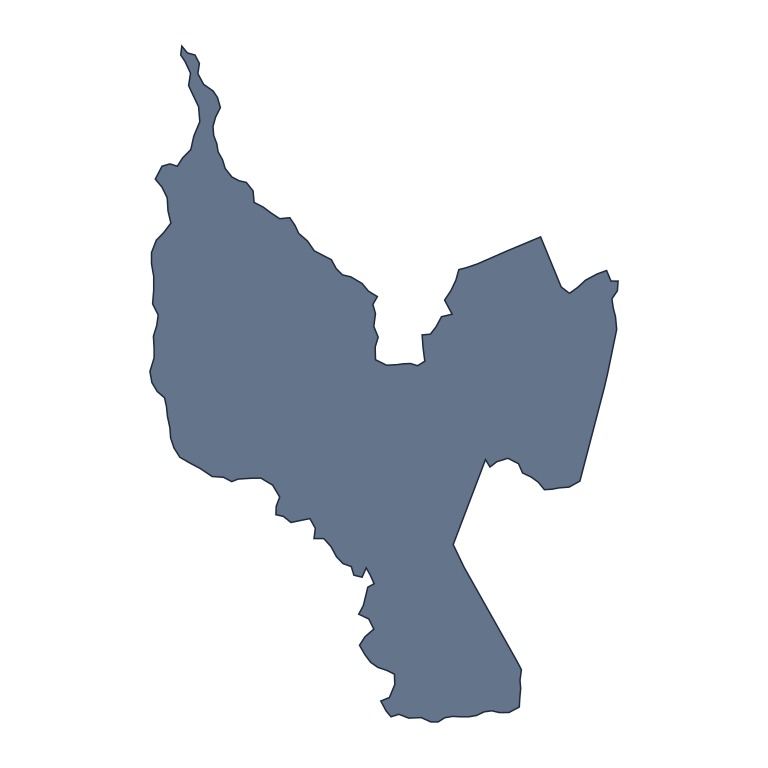 São Martinho, Santa Catarina, Brazil
{"feature_id": "56859067B20212770642910", "entity_name": "São Martinho", "entity_type": "district", "adm_level": 2, "iso_a3": "BRA", "parent_name": "Brazil", "parent_adm1": "Santa Catarina", "projection": "mercator", "projection_center": [-48.982, -28.115], "detail": "fine", "context": "isolated", "style": "filled", "palette": "slate", "viewbox_px": 768, "rotation_deg": 0, "n_neighbors": 0, "source": "geoboundaries", "source_scale": "gbopen_adm2", "svg_char_len": 2531}
<svg xmlns="http://www.w3.org/2000/svg" viewBox="0 0 768 768"><path d="M491.8,710.8L499.4,712.6L509.0,712.5L519.3,707.0L519.8,698.0L520.7,688.3L520.0,680.3L521.4,669.7L516.9,661.1L464.0,567.1L453.2,544.6L485.5,459.6L490.0,467.0L496.8,461.7L507.9,458.3L518.5,463.7L522.6,473.0L531.1,477.0L538.2,482.1L544.4,489.7L552.1,489.2L559.0,487.9L569.1,487.1L579.9,481.1L604.0,388.9L607.6,373.6L616.7,329.4L615.5,316.7L613.3,308.2L611.9,298.8L617.4,290.8L618.1,281.1L611.0,281.1L606.6,270.5L597.5,273.8L585.6,280.1L577.7,287.4L569.5,293.3L561.2,287.0L540.6,236.9L532.7,240.2L507.1,250.9L477.2,264.0L465.9,267.8L458.8,269.6L455.9,280.1L450.9,290.7L444.6,300.1L452.1,314.2L441.5,316.7L436.0,326.9L430.3,334.2L422.1,334.9L423.1,348.1L424.8,361.2L417.6,365.7L410.4,363.5L403.4,363.8L396.6,364.7L386.5,365.2L375.5,359.7L375.2,347.0L378.2,337.2L373.8,326.4L375.5,313.7L372.9,304.4L377.4,296.6L368.5,291.2L362.1,283.5L350.8,276.8L342.5,274.9L336.2,268.6L331.4,259.7L324.0,255.9L314.2,250.8L307.5,241.0L298.7,233.4L295.0,225.4L289.8,217.7L279.7,218.7L271.1,213.0L263.2,207.1L254.1,202.4L253.1,191.0L246.3,182.4L239.2,180.8L231.9,177.0L225.2,168.5L222.6,159.9L218.1,151.8L216.8,143.7L213.7,135.4L213.0,126.5L215.6,117.1L220.4,107.6L217.5,97.5L213.2,91.1L203.6,84.3L197.9,73.7L199.4,63.4L195.0,55.0L187.4,52.9L181.8,46.1L180.7,55.0L185.2,61.8L190.5,73.2L188.6,85.6L193.4,95.9L198.6,106.8L199.8,121.7L193.8,136.1L190.8,149.6L182.6,157.9L177.3,166.2L169.9,163.9L162.0,166.2L155.3,179.1L162.0,187.2L167.2,197.8L168.0,210.9L170.9,223.1L163.7,232.6L156.3,240.2L151.5,252.6L151.5,263.7L153.7,276.4L153.7,290.0L152.6,303.9L158.2,315.0L156.7,325.6L153.4,336.2L154.1,348.4L154.1,357.9L149.9,371.5L151.9,382.6L157.2,391.5L164.5,397.8L166.4,406.2L167.5,416.7L169.9,427.9L170.6,437.9L174.0,448.0L179.9,457.3L190.5,463.4L200.2,468.5L212.1,476.5L223.5,477.3L231.7,481.6L238.1,479.1L250.4,478.3L260.9,478.1L272.6,485.1L279.7,497.0L276.2,506.3L275.9,514.7L283.4,516.4L291.0,522.5L299.6,520.7L309.9,518.6L315.3,528.3L314.0,538.6L323.8,538.6L331.0,546.6L336.5,556.8L343.0,563.6L351.3,566.6L353.9,575.2L362.1,577.2L366.2,567.9L370.3,575.2L374.1,583.7L367.8,587.2L365.9,595.1L363.3,605.7L358.7,614.2L368.8,619.0L373.8,629.1L365.0,636.7L359.5,645.3L365.2,655.1L370.7,662.4L377.9,667.4L386.8,670.4L394.4,674.2L394.8,684.5L389.4,697.5L380.8,701.0L386.0,710.8L391.0,716.8L398.9,714.3L408.7,718.1L421.2,717.6L430.7,721.9L438.2,721.9L444.6,717.8L452.5,716.4L461.1,716.8L468.9,716.8L476.5,715.5L484.3,711.8L491.8,710.8Z" fill="#64748b" stroke="#1e293b" stroke-width="1.5"/></svg>